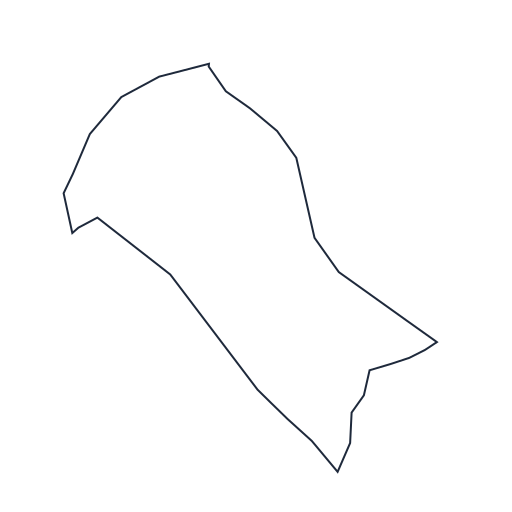 Bunia, Orientale, Democratic Republic of the Congo, rotated 313°
{"feature_id": "63176286B65216379244562", "entity_name": "Bunia", "entity_type": "district", "adm_level": 2, "iso_a3": "COD", "parent_name": "Democratic Republic of the Congo", "parent_adm1": "Orientale", "projection": "equal_earth", "projection_center": [30.259, 1.541], "detail": "fine", "context": "isolated", "style": "outline", "palette": "slate", "viewbox_px": 512, "rotation_deg": 313, "n_neighbors": 0, "source": "geoboundaries", "source_scale": "gbopen_adm2", "svg_char_len": 554}
<svg xmlns="http://www.w3.org/2000/svg" viewBox="0 0 512 512"><g transform="rotate(313 256 256)"><path d="M364.5,90.5L321.2,62.9L280.4,49.1L231.9,51.3L191.1,66.1L170.7,72.5L147.5,106.0L155.6,106.8L175.9,113.8L184.0,205.9L159.3,348.3L158.8,367.0L158.3,390.3L158.8,423.0L153.8,462.9L183.4,452.4L206.7,432.7L227.7,429.9L249.9,417.0L269.5,428.5L286.1,437.6L302.7,443.7L316.4,447.0L316.2,445.3L311.5,410.0L300.7,327.5L309.2,286.4L355.3,218.5L361.8,186.2L359.9,150.9L355.9,121.6L362.3,92.2L364.5,90.5Z" fill="none" stroke="#1e293b" stroke-width="2"/></g></svg>